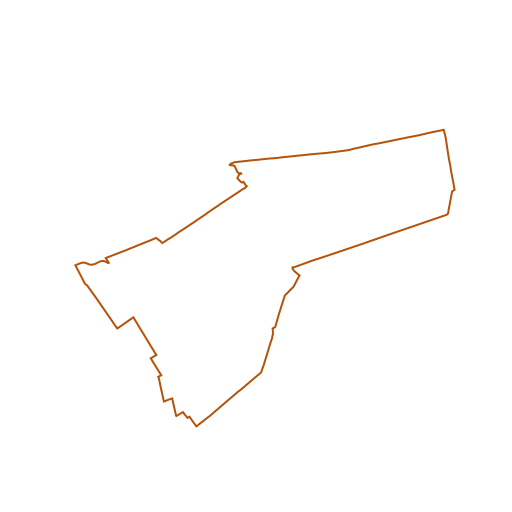 Jilavele, Ialomita, Romania, rotated 19°
{"feature_id": "2599482B17913194075437", "entity_name": "Jilavele", "entity_type": "district", "adm_level": 2, "iso_a3": "ROU", "parent_name": "Romania", "parent_adm1": "Ialomita", "projection": "mercator", "projection_center": [26.543, 44.802], "detail": "fine", "context": "isolated", "style": "outline", "palette": "amber", "viewbox_px": 512, "rotation_deg": 19, "n_neighbors": 0, "source": "geoboundaries", "source_scale": "gbopen_adm2", "svg_char_len": 3729}
<svg xmlns="http://www.w3.org/2000/svg" viewBox="0 0 512 512"><g transform="rotate(19 256 256)"><path d="M148.4,369.7L150.3,367.2L155.7,359.8L160.0,353.9L184.4,374.2L194.0,382.1L189.8,387.0L195.5,391.7L205.2,399.6L203.8,401.1L202.9,402.1L203.3,402.5L204.2,403.6L209.6,412.7L216.3,423.5L218.5,421.7L220.8,419.7L223.1,418.0L232.5,433.1L232.8,433.2L237.7,427.4L243.9,431.4L245.4,429.6L250.2,433.1L255.1,436.5L256.5,434.4L256.7,434.0L257.0,433.6L262.7,424.7L264.1,422.8L268.2,415.7L283.7,389.3L284.3,388.7L287.6,383.2L290.9,377.6L297.0,367.3L298.3,365.3L298.8,364.3L298.8,364.2L298.7,362.3L298.8,356.0L298.8,355.1L298.7,354.0L298.6,351.5L298.5,348.4L298.4,344.8L298.3,341.5L298.1,338.4L297.9,331.4L298.0,329.1L297.6,326.3L297.5,324.4L296.3,321.3L295.3,319.1L297.2,317.2L297.2,314.4L296.6,304.4L296.1,284.0L296.8,282.5L297.6,281.1L298.3,279.5L299.8,276.2L301.0,274.0L301.4,273.0L301.8,270.8L302.2,268.3L302.7,264.6L303.5,260.3L297.3,257.9L296.2,257.3L294.9,256.1L294.4,255.6L294.2,255.2L294.2,254.9L294.3,254.8L295.5,254.4L310.9,241.9L320.6,234.6L342.0,218.1L352.1,210.3L376.5,191.1L419.7,157.4L421.2,156.3L422.8,155.0L423.1,154.7L423.3,154.3L423.6,153.6L423.7,153.3L423.7,152.9L423.6,152.2L423.2,150.2L422.6,146.1L422.1,142.6L420.9,134.8L420.8,133.9L420.7,133.0L420.5,131.7L420.5,131.0L420.6,130.7L421.0,130.3L421.8,129.3L422.2,128.7L418.7,122.4L413.3,113.1L410.2,107.2L406.8,101.4L404.0,96.1L399.1,86.7L398.0,84.6L396.9,82.5L395.0,79.5L394.1,78.2L393.5,77.3L392.4,75.6L383.9,80.6L380.1,82.9L379.4,83.3L374.2,86.6L369.0,89.8L364.0,92.7L363.7,92.9L361.8,93.9L354.7,98.1L344.6,104.1L335.6,109.4L333.5,110.6L332.8,110.9L331.4,111.7L328.6,113.4L313.5,122.8L311.5,124.1L310.4,124.9L309.9,125.2L307.6,126.5L305.0,127.8L302.3,129.1L300.8,129.9L300.2,130.2L298.0,131.3L293.9,133.3L288.1,136.1L282.1,138.7L278.7,140.2L274.1,142.3L253.3,152.0L248.5,154.2L244.7,156.1L238.3,159.0L238.2,158.9L230.8,162.3L226.3,164.5L223.5,165.7L218.7,167.9L216.3,169.1L210.3,171.9L209.2,172.4L207.1,173.4L204.9,174.5L204.7,174.7L202.6,176.6L201.8,177.4L201.4,178.0L201.8,178.6L202.3,178.5L204.3,178.0L205.8,177.7L206.1,177.7L206.3,177.9L207.8,179.3L209.0,180.4L209.9,181.3L210.5,182.2L211.1,182.7L212.1,183.1L212.7,183.3L212.8,183.3L213.1,183.3L213.4,183.2L214.1,183.0L214.6,182.7L215.1,182.7L215.2,183.0L214.6,183.4L213.9,183.9L213.6,184.6L213.5,184.9L213.3,186.5L213.1,187.5L213.0,188.2L213.1,188.6L213.5,188.9L215.0,189.5L216.2,190.2L217.0,190.7L218.0,191.0L218.9,191.1L219.3,190.9L219.6,190.4L219.8,190.0L220.2,190.0L223.2,192.5L223.8,192.9L224.5,193.0L223.8,194.5L223.3,195.8L222.9,195.9L222.6,196.1L222.3,196.5L222.0,196.7L220.7,198.5L218.5,201.4L215.2,205.6L209.8,212.7L207.5,215.7L205.8,217.9L204.6,219.5L204.3,220.1L203.0,221.8L201.8,223.3L200.6,224.9L200.5,225.0L198.2,228.2L197.0,229.7L196.1,231.0L195.5,231.8L195.5,232.1L194.5,233.4L191.8,236.9L189.0,240.6L188.1,241.8L186.4,244.2L184.3,246.9L181.0,251.2L177.3,256.0L174.7,259.3L173.8,260.7L172.6,262.3L170.8,264.7L168.8,267.3L168.3,268.0L167.9,268.1L165.5,271.3L164.1,273.1L163.1,274.3L162.8,274.1L161.7,273.6L160.4,272.9L159.7,272.8L158.9,272.5L157.9,272.2L157.0,271.9L156.2,271.6L155.9,271.5L155.7,271.5L155.4,271.5L154.6,272.4L151.1,275.6L142.9,282.6L132.5,291.7L130.9,293.1L130.6,293.4L130.3,293.6L127.8,295.7L114.6,306.8L119.0,310.4L118.9,310.6L118.6,310.8L118.3,310.8L117.2,310.6L114.6,310.3L113.6,310.3L112.4,310.7L111.9,310.9L110.8,311.6L109.3,312.9L107.8,314.5L106.3,316.0L104.0,317.5L103.5,317.8L102.4,318.1L101.2,318.2L98.0,318.1L96.7,318.1L95.2,318.3L94.5,318.6L93.1,319.4L91.0,321.1L88.3,323.6L103.6,338.2L105.6,338.6L119.6,348.5L128.4,355.0L134.7,359.6L142.0,365.0L143.0,365.8L144.1,366.6L147.4,369.0L148.2,369.6L148.4,369.7Z" fill="none" stroke="#b45309" stroke-width="2"/></g></svg>